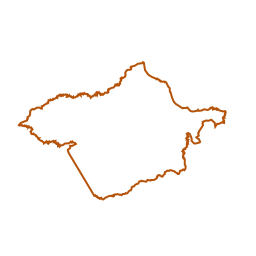 Bagamoyo, Pwani, United Republic of Tanzania, rotated 329°
{"feature_id": "72390352B29680200356010", "entity_name": "Bagamoyo", "entity_type": "district", "adm_level": 2, "iso_a3": "TZA", "parent_name": "United Republic of Tanzania", "parent_adm1": "Pwani", "projection": "mercator", "projection_center": [38.556, -6.309], "detail": "fine", "context": "isolated", "style": "outline", "palette": "amber", "viewbox_px": 256, "rotation_deg": 329, "n_neighbors": 0, "source": "geoboundaries", "source_scale": "gbopen_adm2", "svg_char_len": 5747}
<svg xmlns="http://www.w3.org/2000/svg" viewBox="0 0 256 256"><g transform="rotate(329 128 128)"><path d="M220.0,163.6L218.0,162.7L216.0,160.7L214.9,159.1L215.1,158.7L214.7,157.9L214.5,158.3L213.6,158.4L213.2,157.5L213.4,157.1L213.4,156.9L213.0,157.2L212.4,156.4L210.3,155.8L210.4,155.6L211.0,155.7L210.7,154.9L211.5,154.7L211.2,153.8L210.6,153.8L209.2,153.1L208.9,153.7L205.7,153.7L202.8,151.1L200.3,151.0L197.4,149.7L197.0,149.2L197.2,148.5L196.0,148.8L192.1,147.3L190.7,146.1L190.1,144.9L189.4,140.9L187.8,140.7L185.8,139.3L185.0,139.3L181.4,132.1L180.8,129.0L181.4,124.6L182.9,119.2L182.6,118.5L184.3,115.2L183.8,113.5L184.2,108.7L183.8,107.7L183.1,107.7L182.9,106.8L180.9,105.8L179.8,103.4L179.5,103.9L178.5,100.7L177.6,100.8L177.4,101.7L177.3,99.9L175.2,97.2L172.9,93.0L172.4,87.2L175.2,80.2L174.8,79.4L174.1,80.0L169.7,78.1L165.7,78.1L162.0,77.0L161.4,77.4L161.7,78.2L160.8,79.3L160.0,79.2L157.3,77.9L156.0,78.1L153.8,79.5L153.4,81.2L152.2,82.0L152.0,82.5L148.7,82.6L148.3,82.5L148.5,81.5L148.1,81.5L148.1,81.9L147.0,82.0L147.0,83.0L146.5,83.3L146.5,83.9L144.6,84.5L144.4,85.3L143.8,85.6L143.8,86.1L143.0,86.1L142.2,86.9L140.8,86.1L141.3,85.9L141.2,85.6L142.1,85.6L141.7,84.8L140.5,84.9L139.7,84.2L137.8,85.5L136.1,85.8L134.9,85.2L132.6,85.1L132.0,84.6L131.2,84.6L130.5,85.1L130.6,85.9L129.5,86.3L129.5,87.2L128.7,87.4L126.4,85.8L124.0,86.7L122.9,86.2L123.1,85.4L121.8,85.5L122.0,84.2L121.9,83.9L121.5,84.3L121.5,82.7L121.0,83.0L120.6,82.8L120.9,82.2L120.2,81.6L120.1,82.2L119.2,81.7L119.2,82.1L118.7,82.2L119.3,83.0L118.5,83.8L118.5,82.9L117.5,82.8L116.8,82.1L116.2,82.6L116.3,83.1L114.9,82.3L114.0,82.8L113.2,82.3L111.6,82.9L111.8,80.8L110.1,79.7L110.5,78.7L111.0,78.7L110.9,78.1L109.1,76.9L108.7,75.9L108.3,76.0L108.4,75.5L107.3,75.4L107.3,76.2L107.0,76.3L106.3,75.2L105.7,75.0L106.2,74.6L105.0,74.0L104.2,75.7L103.8,74.2L103.3,74.3L102.8,73.6L102.2,73.9L102.4,74.5L101.0,74.9L100.6,74.4L100.0,74.4L98.2,74.6L97.3,73.8L97.3,73.2L96.3,73.8L95.5,72.7L96.0,72.5L95.3,71.2L94.4,70.7L94.5,69.8L93.9,70.1L92.8,69.2L92.3,70.1L91.6,69.8L93.1,68.6L93.0,68.3L92.3,68.5L92.6,67.8L91.8,67.1L90.4,66.8L90.0,66.3L89.0,66.9L88.2,66.0L87.9,66.4L87.4,66.3L88.2,65.4L87.1,65.1L86.9,64.4L85.9,64.9L85.3,64.3L84.4,64.7L83.7,64.2L82.8,64.8L83.1,65.4L82.8,65.9L81.9,65.1L80.1,65.2L78.9,64.4L78.0,65.2L76.7,64.7L76.2,63.7L75.3,64.3L74.2,63.3L73.1,64.4L72.7,65.3L72.1,65.5L71.6,65.0L71.0,65.3L67.9,65.0L67.2,65.5L65.3,64.9L64.3,67.0L63.4,66.5L62.6,64.9L60.3,63.6L57.2,63.7L56.7,63.5L56.3,62.7L55.1,62.5L54.7,62.8L53.8,62.7L52.5,63.5L51.3,65.7L50.0,66.8L47.4,67.0L47.1,68.1L46.6,68.1L46.4,68.8L45.6,68.9L45.3,69.5L38.9,68.4L36.0,69.3L36.6,70.3L38.6,70.8L38.5,71.5L39.1,72.2L40.4,72.5L40.2,73.1L42.0,73.6L42.3,74.2L41.8,74.9L43.3,75.4L42.9,76.0L43.7,75.7L43.6,76.6L44.0,77.0L45.2,77.6L45.0,78.2L45.5,79.0L44.8,79.5L45.1,80.1L42.5,81.0L42.6,82.2L42.2,83.5L43.4,84.4L44.1,84.1L44.5,85.5L45.5,87.0L45.0,87.8L45.5,88.3L45.8,89.7L45.5,90.7L46.5,91.1L45.7,91.5L46.6,93.9L47.7,94.8L47.6,95.3L48.4,97.1L48.0,97.9L49.6,97.9L49.6,97.6L49.9,97.6L50.7,98.0L51.3,97.5L51.5,98.2L52.1,98.5L51.6,99.5L51.3,99.5L51.5,100.4L52.9,100.0L53.3,99.0L53.7,98.9L54.3,100.1L57.7,100.7L57.8,101.1L57.3,101.7L58.9,101.8L57.9,102.9L57.9,103.3L59.1,103.7L58.5,104.9L58.8,105.1L58.4,105.3L60.2,105.1L60.1,106.2L60.5,106.6L58.8,107.1L58.6,107.6L60.4,107.6L60.1,108.6L60.8,108.3L63.8,109.1L66.0,108.8L69.1,110.5L70.7,110.6L72.0,110.2L72.5,110.9L73.0,110.9L72.6,111.7L73.5,111.9L74.9,113.5L75.1,114.8L70.9,114.6L69.2,113.4L68.3,115.2L66.3,115.7L65.6,115.5L64.8,116.2L64.3,119.3L64.2,168.7L65.2,168.8L65.1,169.6L66.1,170.0L65.7,171.0L66.7,172.0L66.4,172.8L68.8,173.9L68.0,174.4L68.9,174.8L69.6,176.3L70.4,176.5L72.4,176.1L76.9,176.6L79.6,177.9L80.7,178.0L80.8,178.5L79.7,178.7L80.1,179.1L81.0,179.1L81.9,178.1L82.5,178.1L83.1,178.7L85.1,179.3L86.2,180.8L87.0,181.1L88.0,182.3L89.3,181.8L91.5,182.9L92.4,182.6L92.7,183.2L93.9,183.6L96.2,182.6L97.3,182.5L98.3,182.9L99.9,181.8L100.3,181.0L100.9,180.6L101.8,180.6L102.9,181.2L104.5,180.5L106.2,180.4L108.1,180.9L110.2,179.6L111.7,180.4L112.2,180.1L115.9,183.4L118.1,182.6L120.1,184.6L121.0,184.4L123.0,185.7L124.3,186.0L126.6,185.9L127.7,185.3L127.7,184.7L129.2,184.0L130.3,184.3L130.3,184.8L131.2,185.2L131.7,186.9L132.7,187.4L134.5,186.4L135.7,186.5L136.9,184.8L138.7,185.0L139.5,184.7L141.1,185.9L141.6,185.7L142.8,186.1L143.8,187.2L145.6,189.2L145.7,190.1L147.0,192.2L146.9,193.0L147.4,193.4L147.9,193.5L149.4,192.7L150.3,191.6L150.9,191.5L152.2,192.2L153.9,191.9L154.6,193.2L156.2,192.5L157.6,190.7L157.9,189.6L157.7,188.8L160.4,184.3L160.2,183.5L160.6,183.1L160.0,182.6L160.5,181.8L160.1,181.5L160.9,179.9L162.2,179.5L162.3,178.4L163.6,178.5L163.6,177.5L163.0,177.3L163.3,176.6L162.9,176.7L162.6,176.0L163.8,175.7L163.8,175.2L164.5,174.9L164.9,174.8L166.1,175.6L166.4,175.5L166.4,174.8L169.1,174.4L169.7,172.7L170.4,172.6L170.2,172.2L170.6,171.4L171.5,170.5L171.7,171.0L171.8,170.6L172.4,170.6L172.4,170.1L172.8,170.0L172.5,169.0L173.0,168.9L172.4,168.5L173.0,168.0L172.5,167.9L173.0,167.3L172.8,166.8L174.5,166.7L174.2,166.4L174.8,166.2L174.5,165.8L174.8,165.4L175.4,165.5L175.4,164.1L175.9,164.5L176.2,164.2L175.8,163.4L176.0,163.1L177.2,163.5L177.9,165.0L177.1,170.0L175.9,171.7L176.7,175.2L177.9,176.1L182.0,177.3L182.6,177.1L183.1,174.2L182.3,172.9L181.8,171.2L184.7,171.0L185.5,168.5L186.2,168.4L187.2,167.4L193.7,164.3L194.2,162.4L195.1,162.0L195.3,161.2L199.1,161.9L200.3,163.1L203.7,163.9L205.0,168.2L203.5,171.8L206.6,170.3L207.6,171.2L211.4,171.6L212.9,173.2L213.9,171.9L214.1,171.2L213.6,170.9L214.1,170.6L214.3,168.8L214.8,168.5L215.5,168.7L215.1,167.8L215.8,167.6L216.1,168.3L216.6,167.4L217.8,167.1L218.3,165.6L219.0,165.7L219.5,165.3L219.4,164.5L220.0,164.3L220.0,163.6Z" fill="none" stroke="#b45309" stroke-width="2"/></g></svg>